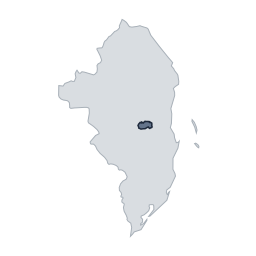 location of Guata, Olancho, Honduras, rotated 94°
{"feature_id": "27666195B45988200529008", "entity_name": "Guata", "entity_type": "district", "adm_level": 2, "iso_a3": "HND", "parent_name": "Honduras", "parent_adm1": "Olancho", "projection": "natural_earth1", "projection_center": [-86.397, 15.161], "detail": "fine", "context": "in_parent", "style": "filled", "palette": "slate", "viewbox_px": 256, "rotation_deg": 94, "n_neighbors": 0, "source": "geoboundaries", "source_scale": "gbopen_adm2", "svg_char_len": 3884}
<svg xmlns="http://www.w3.org/2000/svg" viewBox="0 0 256 256"><g transform="rotate(94 128 128)"><path d="M235.9,118.0L226.9,117.4L222.7,118.6L220.9,121.5L219.3,122.7L218.0,122.4L215.3,123.6L211.2,126.1L207.6,127.0L204.3,126.4L203.4,127.0L203.1,127.9L202.6,128.7L201.4,129.1L199.9,128.9L198.3,128.0L197.4,128.4L197.4,130.0L196.5,130.4L194.8,129.7L192.9,130.3L190.9,132.2L187.9,132.6L184.2,131.5L181.3,129.4L179.2,126.2L176.7,125.4L172.4,127.8L170.6,130.5L170.2,132.2L170.6,133.7L169.8,134.7L167.8,135.2L166.3,137.0L165.2,140.2L165.0,142.7L165.6,144.5L164.6,145.7L162.0,146.6L158.9,149.3L155.3,154.0L151.7,157.3L148.2,159.2L146.5,161.2L146.6,163.5L146.4,164.2L145.7,164.5L144.5,164.8L137.7,159.8L135.7,156.4L134.0,156.9L131.8,158.7L128.8,162.5L125.6,167.8L124.0,168.4L115.9,167.6L111.6,168.1L110.7,168.8L110.3,170.7L110.5,173.3L111.7,182.6L112.4,186.4L111.7,187.6L109.5,187.8L106.7,188.3L105.1,190.1L104.8,191.9L104.6,194.4L103.7,197.0L101.9,198.9L100.2,199.5L90.5,200.0L90.7,195.7L87.9,194.0L86.3,190.4L84.9,188.0L85.4,186.5L85.2,184.8L81.3,183.5L77.6,184.5L75.5,183.8L73.9,182.9L76.6,180.8L76.8,179.5L75.9,178.6L75.1,177.9L75.3,175.5L75.9,172.7L77.4,166.1L76.8,164.9L74.4,162.9L71.2,162.7L67.8,163.3L66.1,162.3L64.7,160.0L62.2,159.0L57.9,160.8L53.3,163.5L51.8,164.5L50.7,164.4L50.2,162.3L49.9,159.9L49.6,159.3L47.2,158.4L44.3,157.8L42.9,157.1L41.5,155.5L38.1,153.4L37.3,151.8L32.7,148.1L31.8,146.3L30.7,145.0L28.5,143.4L26.8,143.8L21.0,141.7L20.1,141.5L20.9,139.7L22.8,136.9L26.8,133.7L27.1,131.2L26.1,126.3L25.1,123.2L25.6,121.7L26.9,116.1L27.9,114.8L33.6,111.9L34.2,111.5L38.7,107.5L43.8,103.0L49.1,98.1L55.0,92.6L58.2,89.4L59.7,88.0L63.1,89.1L65.7,86.5L67.3,85.7L70.9,82.5L72.0,81.9L78.0,80.6L80.9,80.6L83.4,83.8L85.4,85.5L89.2,84.0L92.4,83.7L105.6,86.6L110.8,85.3L120.4,85.0L124.7,85.8L130.8,81.6L134.7,80.8L139.3,78.8L138.7,76.8L137.6,76.0L144.6,76.8L155.0,81.0L166.1,80.3L170.1,78.0L172.7,77.3L184.1,81.7L187.1,85.0L189.4,85.3L191.2,84.6L191.7,83.9L189.5,83.2L188.5,82.1L197.4,84.2L214.3,99.9L214.7,101.2L207.5,96.5L203.7,96.9L202.7,97.6L202.9,100.2L203.2,101.4L204.9,101.5L206.1,100.8L209.1,101.6L211.0,103.3L213.5,105.9L214.9,108.7L216.4,108.8L218.0,107.1L220.8,106.9L222.7,108.8L224.0,108.6L222.2,105.7L217.8,102.8L218.8,102.7L228.5,107.9L231.2,114.5L233.5,116.0L235.9,118.0ZM122.5,61.5L116.9,64.7L115.2,64.6L117.7,62.2L121.8,60.1L125.3,59.0L128.2,59.5L122.5,61.5ZM141.5,58.1L138.9,60.5L138.4,59.4L139.7,57.2L141.3,56.0L142.8,56.1L142.4,57.0L141.5,58.1Z" fill="#d9dde1" stroke="#a8b0b8" stroke-width="1"/><path d="M120.1,108.0L120.2,110.2L120.4,110.7L120.3,110.8L120.3,111.0L120.2,111.0L120.1,111.3L120.1,111.5L120.3,111.7L121.0,112.3L121.1,112.5L121.3,112.8L121.5,112.9L121.5,113.0L121.8,113.0L121.3,114.4L121.5,114.3L121.7,114.5L121.8,114.5L121.8,114.4L121.9,114.5L122.0,114.5L122.0,114.8L122.0,115.0L122.0,115.3L122.0,115.5L121.9,115.6L121.8,115.8L121.7,115.9L121.7,116.0L121.6,116.3L122.9,117.3L123.4,117.7L124.9,118.2L125.8,117.7L126.3,117.5L127.5,117.1L127.7,116.1L128.1,115.4L128.1,114.6L127.7,112.8L127.5,110.9L126.9,110.0L126.1,109.0L126.1,108.9L125.9,108.7L125.9,108.4L125.8,108.2L125.8,107.9L125.7,107.9L125.6,107.7L125.8,107.6L126.0,107.6L126.2,107.4L126.3,107.2L126.5,107.0L126.5,106.9L126.6,106.7L126.8,106.5L126.8,106.4L126.7,106.3L126.7,106.2L126.8,106.1L126.7,106.0L126.6,105.9L126.4,105.8L126.4,105.7L126.3,105.4L126.2,105.4L126.1,105.2L126.0,104.9L126.0,104.7L125.9,104.6L125.8,104.3L125.7,104.2L124.7,104.1L124.1,104.5L123.9,104.5L123.7,104.5L123.4,104.5L123.3,104.4L121.5,104.6L121.4,104.7L121.4,104.8L121.3,105.0L121.2,105.0L121.1,105.3L121.0,105.5L120.9,105.6L120.9,105.8L121.0,105.8L121.0,106.0L120.9,106.1L121.0,106.1L121.0,106.3L120.9,106.3L120.9,106.5L120.7,106.5L120.7,106.8L120.5,107.0L120.4,107.1L120.5,107.2L120.4,107.3L120.3,107.5L120.3,107.9L120.2,107.9L120.1,108.0L120.1,108.0Z" fill="#64748b" stroke="#1e293b" stroke-width="1.5"/></g></svg>